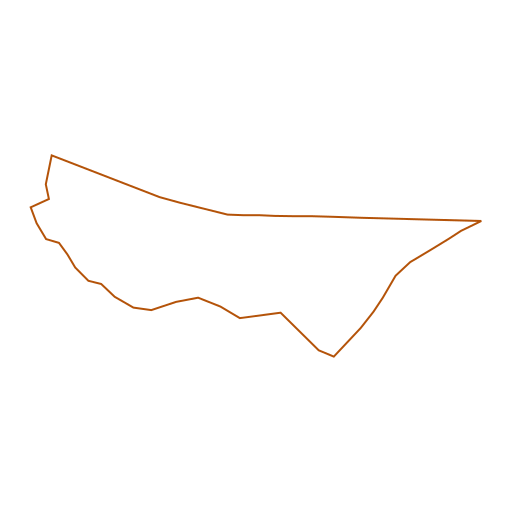 General Maynard, Sergipe, Brazil (Robinson projection)
{"feature_id": "56859067B22941727243395", "entity_name": "General Maynard", "entity_type": "district", "adm_level": 2, "iso_a3": "BRA", "parent_name": "Brazil", "parent_adm1": "Sergipe", "projection": "robinson", "projection_center": [-36.973, -10.693], "detail": "fine", "context": "isolated", "style": "outline", "palette": "amber", "viewbox_px": 512, "rotation_deg": 0, "n_neighbors": 0, "source": "geoboundaries", "source_scale": "gbopen_adm2", "svg_char_len": 608}
<svg xmlns="http://www.w3.org/2000/svg" viewBox="0 0 512 512"><path d="M51.7,155.4L45.8,184.3L48.9,199.0L30.7,207.3L36.6,223.2L46.1,239.1L59.0,242.9L67.4,254.4L75.2,267.5L88.4,280.8L101.2,284.0L114.7,296.8L133.4,307.6L151.3,310.1L176.0,301.9L198.1,297.7L220.5,306.6L239.8,318.1L280.6,312.7L318.7,350.3L333.8,356.6L360.7,328.0L373.5,311.7L382.8,297.7L395.6,275.7L410.2,262.1L429.5,250.6L448.8,238.8L461.1,230.8L481.3,221.0L361.8,217.8L332.7,216.8L311.7,216.2L293.8,216.2L274.5,215.9L259.4,215.2L243.4,215.2L227.5,214.6L180.2,202.8L159.5,197.1L51.7,155.4Z" fill="none" stroke="#b45309" stroke-width="2"/></svg>